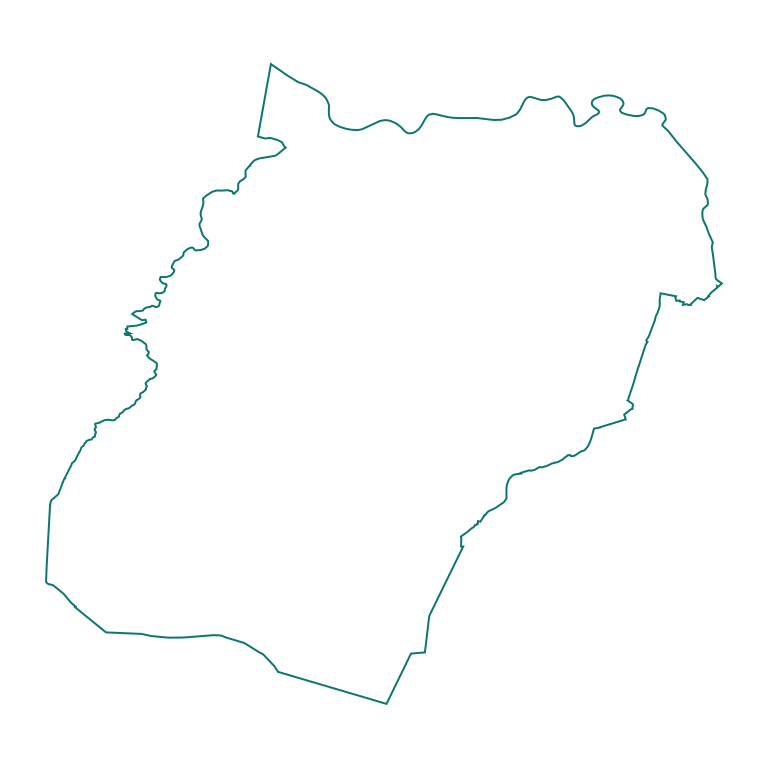 the district of Westerkwartier, Groningen, Netherlands
{"feature_id": "6326949B76926686027911", "entity_name": "Westerkwartier", "entity_type": "district", "adm_level": 2, "iso_a3": "NLD", "parent_name": "Netherlands", "parent_adm1": "Groningen", "projection": "equal_earth", "projection_center": [6.305, 53.214], "detail": "fine", "context": "isolated", "style": "outline", "palette": "teal", "viewbox_px": 768, "rotation_deg": 0, "n_neighbors": 0, "source": "geoboundaries", "source_scale": "gbopen_adm2", "svg_char_len": 6062}
<svg xmlns="http://www.w3.org/2000/svg" viewBox="0 0 768 768"><path d="M715.5,274.7L712.9,254.4L711.8,247.5L711.8,246.6L712.7,243.0L712.6,241.9L708.9,233.8L706.4,226.8L703.2,220.1L702.5,217.3L702.3,212.6L702.6,210.5L703.1,209.2L704.1,208.0L707.6,205.0L707.9,203.9L707.6,199.3L705.8,195.6L705.3,193.9L705.9,189.0L707.0,185.5L707.5,182.4L707.4,179.2L702.7,172.2L695.8,163.7L676.8,141.9L668.2,131.0L662.6,125.8L662.3,125.1L662.5,124.2L665.8,119.7L665.5,117.2L664.8,115.2L663.6,113.6L658.4,110.4L653.4,108.5L648.4,108.0L646.6,108.9L645.0,112.9L643.5,114.5L642.1,115.2L638.9,115.9L634.9,116.1L627.0,114.6L621.8,112.8L620.4,111.3L620.1,110.2L620.2,109.3L622.9,105.6L623.6,103.8L623.2,102.1L622.5,100.7L620.4,98.6L616.7,96.9L612.9,95.8L609.3,95.4L604.2,95.7L597.5,97.6L594.4,99.0L592.5,100.7L591.9,102.4L591.8,103.9L592.6,105.7L593.9,107.1L598.7,110.7L599.0,111.8L598.8,113.0L597.3,114.3L593.6,116.0L591.9,117.2L586.2,122.6L584.4,123.9L580.8,125.9L577.6,126.3L575.4,125.7L574.5,124.4L573.9,117.2L573.1,114.2L571.5,111.3L563.8,100.4L560.3,97.2L558.8,96.5L556.8,96.7L550.9,98.9L545.3,100.1L540.8,99.9L531.8,97.2L529.1,97.0L527.2,97.7L525.8,99.0L524.1,101.4L520.2,109.3L517.2,113.4L516.1,114.4L509.4,117.7L501.3,119.8L493.8,120.0L477.0,118.0L459.1,118.1L452.9,117.8L447.3,117.0L436.7,114.4L432.8,113.8L428.9,114.7L427.1,116.2L424.9,119.4L421.4,125.8L418.3,129.7L414.9,132.1L411.8,133.2L408.4,133.3L406.6,132.5L405.0,131.4L400.7,126.9L396.0,123.3L390.4,120.9L386.9,120.2L384.3,120.2L379.9,121.0L361.9,129.3L357.5,130.1L351.1,129.7L346.0,128.8L339.0,126.5L334.7,124.3L332.6,122.4L330.3,119.4L329.5,117.6L329.0,115.0L328.8,111.2L329.1,105.5L327.8,101.8L325.3,97.4L321.8,94.1L319.4,92.3L306.5,85.0L298.1,82.1L288.0,75.9L270.9,64.1L257.9,136.5L265.0,138.5L270.3,137.9L277.8,140.1L282.0,142.3L284.2,146.4L285.7,147.6L276.3,155.3L274.0,156.0L259.8,158.3L255.3,159.9L253.7,161.0L250.3,164.7L249.9,165.6L250.1,165.8L248.8,166.6L245.9,170.0L245.5,171.2L245.7,176.9L243.9,178.9L240.1,181.2L238.9,182.7L238.2,184.1L238.2,189.3L237.3,190.8L234.5,193.1L234.2,193.8L233.0,193.4L232.5,191.7L231.7,191.1L230.1,191.0L228.0,190.2L221.5,190.6L216.5,190.5L212.5,191.7L211.2,192.4L206.1,195.8L203.1,198.4L203.4,203.1L202.5,207.1L201.0,211.2L200.6,213.2L200.8,215.6L201.7,218.4L201.6,219.8L201.3,220.8L199.8,223.1L199.4,225.3L202.6,234.8L204.2,237.1L208.1,241.0L208.2,244.5L207.7,246.1L204.5,248.8L200.6,250.0L195.5,250.4L194.2,249.4L193.2,248.0L191.8,247.5L189.8,248.0L187.0,249.5L183.6,252.6L183.4,253.8L183.5,254.9L182.7,256.1L178.7,259.5L175.1,260.8L174.2,261.6L171.7,266.5L172.0,268.1L173.8,269.3L174.3,270.2L173.8,272.0L171.9,274.5L170.5,275.6L167.7,276.7L164.7,277.1L160.6,277.0L160.3,278.3L159.9,278.7L159.9,279.8L161.1,281.6L162.1,282.7L163.6,283.6L165.9,283.8L166.6,285.4L166.2,286.9L164.9,288.6L164.7,291.0L163.8,291.8L161.8,293.0L159.7,293.4L156.5,292.8L155.9,293.2L155.3,294.2L155.3,296.0L156.6,298.6L158.3,300.1L159.6,300.3L160.3,300.8L160.3,301.5L159.6,303.0L159.3,305.0L158.5,306.2L157.0,306.9L155.6,307.0L152.9,305.8L151.8,305.8L149.9,307.1L147.3,307.2L145.3,308.0L144.1,308.9L142.7,310.6L139.1,311.2L136.9,311.1L135.7,311.5L134.0,312.5L132.2,314.1L142.0,320.2L145.6,319.7L146.3,322.5L141.5,324.3L136.8,325.6L127.3,326.5L127.3,329.0L125.8,329.0L126.0,331.0L127.8,332.3L129.7,333.2L124.7,333.6L124.8,333.9L125.4,334.8L126.4,335.1L129.6,335.0L130.4,335.5L132.0,337.6L132.2,338.3L132.0,339.5L132.5,340.0L134.7,339.8L137.4,339.0L141.6,341.0L145.8,344.1L146.4,345.5L146.4,349.3L148.8,352.1L148.4,353.8L147.0,355.5L149.3,358.2L156.7,363.1L156.9,364.7L156.5,368.8L155.8,370.0L154.5,370.8L154.3,371.4L154.6,372.3L156.3,374.8L155.3,376.2L153.9,377.5L152.3,378.5L149.7,379.1L148.3,380.6L147.0,381.4L145.8,382.9L145.6,383.7L146.9,386.1L146.1,387.9L145.9,389.5L142.9,392.3L140.8,393.1L140.0,394.9L140.4,397.5L138.4,399.3L136.4,400.3L135.4,402.0L135.2,403.5L134.3,404.5L132.2,405.6L129.0,408.2L125.6,409.2L124.5,409.8L122.8,412.0L119.8,414.0L119.2,415.1L118.9,416.7L116.3,418.2L115.0,419.9L112.6,420.4L108.6,419.7L104.3,420.2L102.7,421.2L101.1,421.6L99.9,422.6L95.2,423.7L95.1,424.5L96.0,427.1L94.6,429.2L95.1,430.7L95.8,431.9L95.8,433.3L94.9,434.4L94.9,436.6L93.2,437.2L91.5,439.5L89.4,439.8L86.6,440.9L86.1,442.1L84.7,443.2L83.8,445.5L81.6,447.1L80.1,450.8L78.2,454.1L75.3,460.2L73.6,462.0L72.1,463.0L71.0,465.9L64.8,477.9L65.2,478.4L64.1,479.1L58.5,493.7L57.9,494.6L51.3,500.3L50.1,504.2L46.7,565.4L46.1,581.0L46.2,582.0L47.0,583.1L48.6,584.2L51.4,584.7L53.3,585.4L63.5,593.7L71.3,603.0L75.6,606.5L74.9,607.1L106.0,632.4L141.3,633.9L151.1,636.0L168.8,637.7L183.6,637.5L213.3,635.2L218.8,635.3L221.9,635.8L225.3,637.3L244.5,643.1L259.3,652.4L262.9,654.1L274.4,666.2L278.1,671.9L386.5,703.9L411.0,653.6L424.9,652.4L429.1,617.3L429.5,615.4L463.2,546.5L461.1,546.5L461.3,538.5L460.8,536.6L466.5,532.6L472.1,528.0L473.7,527.2L475.0,525.1L475.5,525.3L476.4,524.8L476.9,523.9L477.7,524.1L478.0,521.1L480.3,521.7L483.5,517.0L483.5,516.7L484.0,516.2L483.9,515.7L485.7,514.6L485.5,514.3L488.4,511.3L495.2,508.1L504.0,502.1L506.5,498.4L506.4,488.0L507.0,484.7L508.2,481.2L509.4,478.7L512.2,475.8L514.5,474.5L521.3,473.5L520.9,472.8L529.2,470.3L530.8,470.8L534.8,469.8L539.4,467.1L541.2,467.4L546.5,466.1L552.2,463.4L557.9,462.0L563.0,459.3L563.4,458.6L567.3,455.8L567.3,455.5L570.0,455.0L570.6,455.8L571.9,456.3L574.5,455.7L580.9,451.5L584.3,450.4L586.3,448.4L588.1,446.0L589.9,442.2L591.2,438.6L594.0,428.6L600.1,427.5L600.0,427.2L625.7,419.4L624.2,414.6L631.1,409.2L632.6,408.8L632.4,408.1L632.9,405.4L632.8,404.1L627.7,400.4L628.1,400.2L628.5,398.1L633.2,384.3L635.6,375.8L645.6,344.9L647.5,342.0L646.5,341.2L646.4,340.0L648.0,337.7L649.1,335.6L654.8,320.4L655.7,316.4L657.3,313.4L659.2,308.0L659.7,305.5L659.8,303.5L659.6,300.5L660.6,293.3L676.0,296.3L675.3,297.3L676.3,300.8L679.7,300.5L679.7,301.4L683.8,302.2L682.9,305.0L686.3,304.2L687.3,304.3L688.3,305.0L690.9,304.8L690.6,304.3L697.4,297.9L704.2,300.1L708.9,296.5L708.3,296.1L711.4,292.4L717.2,287.7L717.0,286.1L718.1,286.8L721.9,283.4L717.4,280.3L716.1,279.1L715.5,277.3L715.5,274.7Z" fill="none" stroke="#0f766e" stroke-width="2"/></svg>